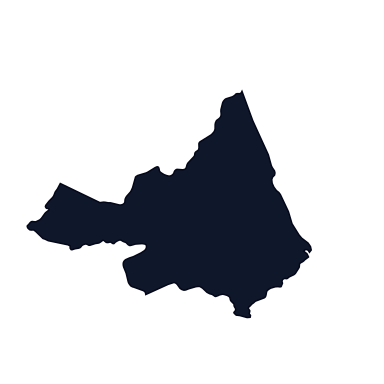 the border of Grand Bassa, rotated 206°
{"feature_id": "LBR-785", "entity_name": "Grand Bassa", "entity_type": "County", "adm_level": 1, "iso_a3": "LBR", "parent_name": "Liberia", "parent_adm1": "", "projection": "albers", "projection_center": [-9.727, 6.117], "detail": "fine", "context": "isolated", "style": "filled", "palette": "ink", "viewbox_px": 384, "rotation_deg": 206, "n_neighbors": 0, "source": "natural_earth", "source_scale": "10m", "svg_char_len": 4599}
<svg xmlns="http://www.w3.org/2000/svg" viewBox="0 0 384 384"><g transform="rotate(206 192 192)"><path d="M191.2,304.4L168.4,282.5L139.7,258.9L132.3,250.5L130.7,249.2L127.1,247.1L125.8,245.5L125.2,243.4L126.1,240.7L125.8,238.2L123.8,235.0L120.6,232.3L116.8,230.3L113.7,229.6L111.4,228.4L96.7,216.6L88.2,207.3L77.0,200.3L73.2,198.6L65.3,197.0L61.6,194.9L59.4,192.1L60.0,189.3L61.9,190.5L63.5,190.6L64.9,189.8L65.8,187.8L61.6,186.9L58.8,184.7L58.9,184.4L61.0,180.3L61.3,179.2L62.0,177.8L63.5,175.7L63.8,174.6L63.5,173.6L62.7,171.6L62.7,170.4L63.4,164.2L63.8,163.1L64.3,162.2L67.4,158.3L68.4,156.1L69.1,155.5L70.4,155.1L71.4,154.5L72.1,153.2L72.2,152.0L71.8,150.9L71.1,150.2L70.6,149.4L70.6,148.6L70.6,147.7L70.4,146.7L70.5,145.9L71.3,145.3L73.3,144.6L75.6,143.3L79.2,140.0L80.5,137.9L81.2,136.2L81.2,135.0L80.3,131.8L80.1,130.6L80.2,129.5L80.7,128.5L87.2,121.6L88.1,119.3L89.1,117.5L89.7,115.3L90.5,113.4L90.5,112.4L89.9,111.7L88.1,110.7L87.7,109.8L87.3,107.8L86.7,107.3L85.8,107.0L85.2,106.5L84.8,104.9L85.7,104.3L87.5,103.3L94.9,101.9L98.3,100.7L100.6,101.4L101.4,101.8L101.5,102.3L101.4,102.8L101.2,103.4L101.0,104.2L101.1,105.1L101.5,105.9L102.1,106.6L103.6,107.5L104.1,108.0L104.5,108.5L104.7,109.0L105.1,109.6L105.7,109.9L108.9,111.0L109.7,111.4L110.3,112.0L111.5,113.5L112.2,114.1L113.5,114.4L115.1,114.5L118.1,114.0L119.8,113.5L121.4,112.2L122.4,111.3L123.2,110.2L124.9,108.5L125.6,108.3L128.9,108.8L131.6,108.3L134.6,108.4L140.3,110.2L141.9,110.4L143.6,110.5L145.1,109.8L147.0,108.6L152.5,103.6L154.5,101.4L155.5,100.6L156.6,100.1L158.4,99.9L159.5,100.0L160.6,100.2L164.6,102.4L165.4,102.7L166.1,102.9L166.9,103.0L167.7,102.9L168.5,102.8L173.0,98.5L188.6,79.6L189.6,81.0L190.3,81.5L191.1,81.9L192.7,82.0L203.0,80.9L203.7,80.7L204.7,80.7L206.0,80.8L208.0,81.8L209.2,82.6L210.1,83.5L215.6,90.2L220.5,94.6L221.5,95.8L222.3,97.2L222.7,98.3L222.8,99.2L222.7,99.9L222.6,100.7L222.3,101.4L221.9,102.2L219.3,105.3L216.4,108.1L211.2,114.8L209.2,118.1L208.8,119.0L208.6,119.8L208.5,120.7L208.5,121.4L208.7,122.2L209.0,123.0L209.5,123.7L210.1,124.5L211.8,124.5L214.3,123.7L220.0,120.4L223.8,117.0L224.8,116.5L226.5,116.7L228.9,117.6L230.0,117.6L231.8,117.4L232.6,117.4L234.7,117.6L235.7,117.3L236.4,116.8L237.6,115.4L238.9,113.4L239.2,112.4L239.5,111.5L240.3,111.0L241.7,111.1L242.7,111.3L243.8,111.1L244.7,110.2L245.8,109.5L247.0,109.1L248.8,109.5L249.9,109.8L250.9,109.7L252.2,107.1L253.3,105.4L256.4,103.2L260.5,99.3L261.5,98.9L263.4,99.0L264.8,98.7L266.2,97.4L267.1,96.4L267.6,95.2L267.8,94.0L268.3,92.8L269.3,91.8L272.4,89.6L273.7,88.3L274.4,87.6L275.3,87.2L276.7,87.9L277.3,88.8L277.7,90.0L280.1,90.2L299.9,85.2L303.3,85.2L305.6,84.9L315.1,88.0L317.5,88.5L318.7,88.0L319.2,87.6L321.0,86.9L322.5,87.2L323.5,87.5L324.7,88.4L325.1,89.0L325.2,89.6L324.6,91.0L324.2,92.8L324.1,93.2L324.0,93.6L323.5,94.7L323.2,95.0L322.8,95.4L320.0,96.4L319.5,96.7L319.1,97.0L316.9,99.8L316.5,100.4L315.8,102.3L314.8,108.3L314.5,109.3L312.8,112.8L312.6,113.3L312.7,113.7L312.9,113.9L313.4,114.0L313.8,114.0L314.2,114.0L315.4,113.6L315.8,113.6L316.4,113.9L317.3,114.5L317.5,115.3L317.6,116.0L316.5,121.1L315.0,125.6L314.7,126.9L314.6,128.2L314.9,131.6L314.9,132.4L314.3,135.7L314.1,141.9L270.1,142.1L267.1,144.1L265.6,144.7L262.5,145.6L260.9,146.4L259.9,146.7L251.6,148.5L250.7,148.9L249.9,149.4L248.9,150.3L248.4,151.1L248.0,151.8L247.9,152.5L247.9,153.2L248.1,154.0L248.7,155.4L248.9,156.2L249.0,156.9L249.0,158.3L248.8,159.7L247.3,165.1L247.2,166.6L247.3,169.8L249.3,180.7L248.9,181.7L248.0,183.1L241.6,189.0L240.4,190.5L235.8,197.8L234.6,199.2L233.8,199.6L232.9,199.5L232.3,198.9L231.7,198.3L230.7,196.9L230.1,196.4L229.3,196.0L227.8,195.7L224.9,195.4L222.4,195.6L220.2,196.0L218.9,196.6L218.0,197.4L217.4,198.3L217.0,199.1L216.7,200.0L216.6,200.8L216.8,202.7L216.7,203.7L216.1,205.1L215.4,205.8L210.1,207.9L208.9,208.8L208.1,209.7L207.9,210.6L207.9,211.4L208.1,212.9L208.3,213.6L208.4,214.4L208.4,215.7L208.3,216.4L208.3,216.5L205.8,224.5L205.7,225.3L205.7,226.0L206.4,228.2L206.4,229.0L206.1,229.9L205.0,231.8L204.7,232.6L204.7,233.3L205.1,234.8L207.0,238.5L207.1,239.3L207.0,240.0L206.7,240.8L199.9,251.6L199.3,253.1L198.6,255.8L198.6,256.6L198.6,257.3L198.9,258.8L200.8,262.8L201.2,264.2L201.3,264.9L201.3,266.3L201.3,266.9L201.1,267.4L199.8,269.9L199.5,270.8L199.3,271.6L199.3,272.4L199.4,273.4L199.7,274.2L200.0,274.9L201.4,277.2L202.1,278.8L203.5,285.3L203.6,286.3L203.5,287.5L203.0,289.5L202.3,290.7L197.4,295.3L196.5,296.7L195.9,297.9L195.5,299.3L194.8,300.0L193.8,300.6L192.5,301.1L191.7,301.8L191.3,302.6L191.2,303.4L191.2,304.4L191.2,304.4Z" fill="#0f172a" stroke="#020617" stroke-width="1.5"/></g></svg>